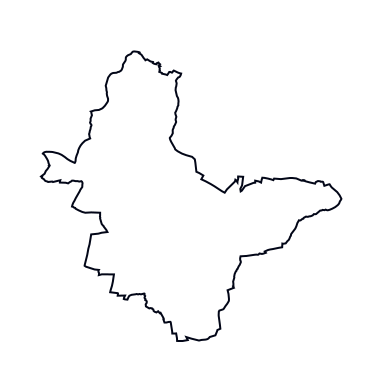 Apoldu De Jos, Sibiu, Romania (Natural Earth projection), rotated 351°
{"feature_id": "2599482B80267229477921", "entity_name": "Apoldu De Jos", "entity_type": "district", "adm_level": 2, "iso_a3": "ROU", "parent_name": "Romania", "parent_adm1": "Sibiu", "projection": "natural_earth1", "projection_center": [23.854, 45.907], "detail": "fine", "context": "isolated", "style": "outline", "palette": "ink", "viewbox_px": 384, "rotation_deg": 351, "n_neighbors": 0, "source": "geoboundaries", "source_scale": "gbopen_adm2", "svg_char_len": 5943}
<svg xmlns="http://www.w3.org/2000/svg" viewBox="0 0 384 384"><g transform="rotate(351 192 192)"><path d="M335.5,226.4L336.6,224.4L338.1,222.8L338.5,222.1L337.3,218.4L335.4,214.8L330.7,209.3L329.9,207.8L329.1,205.9L328.0,205.9L323.7,206.6L323.1,202.7L322.8,202.4L322.0,202.1L320.9,202.1L320.3,201.5L318.2,200.9L317.7,201.0L315.8,201.6L314.9,203.0L309.9,201.0L306.3,199.4L305.3,198.9L305.2,198.3L304.7,197.9L304.3,197.8L303.9,198.3L303.5,198.3L303.2,197.6L301.9,197.9L297.1,194.9L293.0,193.8L291.1,193.5L281.9,193.2L275.2,191.6L274.2,193.0L272.3,192.0L269.3,190.7L265.8,189.4L263.7,188.9L262.6,191.1L261.7,193.5L259.6,192.0L256.2,190.7L255.9,192.7L254.2,192.6L245.3,194.5L241.4,198.5L240.2,199.0L240.2,196.5L242.5,193.3L244.9,185.0L240.0,183.9L239.7,185.2L239.8,185.8L239.2,187.4L238.8,187.7L238.4,189.5L237.2,186.9L236.8,186.6L236.6,187.2L235.9,188.5L226.9,194.9L224.2,197.8L221.8,196.0L215.0,189.8L211.9,187.2L207.2,183.6L203.2,180.9L205.8,177.5L202.1,174.4L199.5,172.7L199.9,163.7L199.9,160.2L197.6,157.3L192.0,154.7L188.1,152.5L184.2,149.5L182.1,147.3L181.9,146.1L179.3,139.2L178.7,137.1L178.5,135.6L178.6,135.0L180.6,133.2L182.2,131.0L182.6,128.0L182.8,127.4L184.0,125.6L184.3,124.5L185.6,123.1L187.3,120.4L187.3,120.0L187.1,118.3L187.3,117.4L188.3,115.3L187.8,112.3L187.9,110.9L188.7,110.0L190.5,107.0L191.0,105.6L192.1,104.2L192.2,103.0L192.9,100.4L193.0,98.5L192.9,97.0L192.1,94.8L191.7,88.9L192.3,86.4L192.9,85.3L193.8,82.5L193.8,81.7L193.5,79.6L194.3,78.5L196.3,76.7L197.4,76.5L198.1,76.1L199.1,74.8L199.8,73.3L198.3,72.7L196.7,71.8L193.0,69.2L192.2,69.7L191.4,70.7L190.9,71.0L189.3,70.0L188.3,69.9L187.1,71.3L185.8,72.6L184.6,71.9L181.0,70.5L181.1,70.0L181.0,69.8L178.5,68.2L179.3,67.0L179.0,66.4L179.3,65.9L179.5,64.9L179.0,63.2L180.3,62.8L179.2,61.7L180.4,60.8L179.6,59.9L179.1,58.9L177.3,59.3L177.0,60.3L175.7,59.9L174.5,59.3L173.4,58.4L173.8,57.5L171.5,56.6L168.5,54.0L166.6,54.6L166.2,53.6L165.4,52.5L163.6,48.6L163.0,48.0L161.5,46.7L162.0,46.4L162.2,46.1L162.1,45.9L160.6,45.2L157.6,44.3L156.5,44.1L155.4,44.2L154.6,44.8L153.1,46.2L150.2,46.9L148.8,47.7L148.0,48.4L147.6,49.2L147.4,50.6L147.1,51.4L146.7,52.1L144.1,54.9L143.7,55.5L143.3,57.5L142.0,59.8L141.1,60.9L138.9,61.9L137.8,61.9L136.0,62.4L132.7,62.1L130.9,62.5L129.6,63.3L127.1,65.8L123.4,73.6L123.6,75.9L123.4,78.3L123.6,80.1L123.2,81.6L123.2,83.8L123.7,86.7L123.5,88.0L123.1,89.3L122.2,90.4L119.5,93.2L117.1,95.0L116.1,95.5L112.9,96.4L108.8,96.1L104.7,96.7L105.1,97.3L105.0,98.9L105.2,100.5L103.3,103.7L103.0,106.0L102.2,107.4L102.4,108.6L103.1,109.6L103.1,110.6L102.2,111.9L101.6,113.9L100.6,115.8L100.1,117.3L99.4,118.7L99.5,119.4L99.5,121.7L99.8,123.2L94.4,124.6L91.4,126.7L89.3,128.6L87.4,131.0L86.2,133.0L85.5,135.0L83.7,138.0L82.5,140.5L81.8,143.3L81.0,144.8L80.7,144.9L76.8,142.3L74.1,140.0L71.8,137.5L69.0,134.9L66.1,133.0L60.6,130.7L58.5,130.2L54.6,129.5L53.2,129.5L51.5,130.0L50.7,130.8L51.8,131.9L52.6,133.3L54.0,136.7L54.7,138.9L54.9,141.5L55.5,143.4L54.8,143.7L55.1,144.2L52.9,146.7L50.9,148.4L49.3,150.9L45.5,153.0L46.3,153.6L45.8,154.3L46.0,154.7L47.8,156.3L48.5,157.7L49.2,158.3L51.1,159.2L51.4,159.6L55.6,159.8L56.2,160.4L63.7,159.8L63.3,160.6L63.0,162.0L68.7,163.1L71.0,164.1L72.9,163.1L74.2,162.7L75.3,162.0L76.9,162.3L78.5,163.0L80.9,163.4L81.6,163.8L82.6,164.1L84.4,164.0L85.0,164.7L85.3,166.1L84.8,167.8L84.4,169.9L82.1,172.3L81.2,173.7L76.2,179.9L74.6,182.2L73.1,184.0L72.0,185.8L71.2,187.6L72.3,188.1L73.1,189.0L74.2,189.5L74.4,190.3L77.2,192.4L80.6,194.6L83.4,195.8L89.3,196.4L98.0,198.1L97.5,201.2L97.2,202.0L97.4,202.8L97.1,203.7L97.8,209.4L98.8,211.2L99.3,211.7L99.5,212.5L101.4,216.0L102.2,218.3L96.4,218.1L93.0,218.5L85.8,218.1L82.6,227.7L80.8,231.7L78.7,237.7L74.5,247.6L74.4,248.1L75.6,249.2L83.7,253.3L87.8,254.4L87.3,255.0L87.1,256.3L87.4,256.9L87.4,258.4L87.0,259.5L90.2,259.2L102.0,261.2L99.8,268.2L98.3,272.1L96.2,276.4L95.5,278.2L102.8,280.3L103.0,280.5L103.0,280.8L102.4,282.8L109.7,283.8L108.4,285.7L107.9,287.0L108.8,287.5L111.4,288.2L112.7,286.1L113.9,284.7L116.2,284.1L120.5,284.2L121.5,284.1L122.7,284.7L124.1,284.5L125.6,285.1L128.9,284.8L129.2,285.0L129.2,285.3L128.9,286.6L129.5,287.4L129.2,288.0L128.7,288.5L128.6,289.1L128.7,289.7L129.3,290.5L128.9,291.4L129.7,292.0L130.2,292.9L129.9,294.4L128.7,295.7L128.6,297.8L131.6,300.3L132.6,300.1L134.2,300.6L134.5,300.8L134.5,301.3L135.4,301.9L135.5,303.4L136.3,304.4L138.0,305.4L139.9,304.5L141.2,306.6L141.5,306.9L142.1,306.5L144.1,312.0L144.3,313.0L143.8,313.2L144.4,316.6L146.1,316.9L148.8,316.7L150.4,316.9L150.6,317.6L150.6,322.7L150.6,326.7L150.4,328.7L152.8,329.1L154.2,329.2L154.3,334.0L154.0,336.8L159.4,337.7L164.7,337.6L163.7,334.4L168.6,336.8L175.2,339.6L175.7,339.8L178.2,339.6L182.5,339.9L184.3,339.7L185.4,339.2L186.9,338.0L192.7,337.2L194.9,333.6L195.5,332.3L198.6,331.5L198.8,327.6L199.0,318.4L199.2,317.1L199.8,314.3L200.5,313.4L204.2,312.8L205.0,312.4L207.2,309.9L209.4,307.8L211.2,305.6L211.5,304.9L211.8,303.3L212.1,298.3L211.8,294.6L218.3,293.2L217.8,292.2L218.2,291.7L217.9,291.3L218.2,291.1L218.3,290.7L218.6,288.5L218.6,287.0L220.4,283.2L220.4,282.2L221.3,279.7L222.9,277.2L223.4,277.0L224.3,275.4L224.8,275.3L226.5,272.7L227.6,271.6L229.2,269.1L229.3,268.5L229.3,267.8L229.0,267.3L229.0,266.4L229.2,264.9L229.9,263.1L235.8,263.7L244.3,263.8L245.7,263.9L247.4,264.3L247.9,264.2L249.0,263.3L251.3,264.1L252.4,264.1L255.4,263.6L254.6,262.1L257.9,261.2L260.0,261.0L262.9,261.0L269.0,260.7L272.4,260.7L273.2,257.1L273.8,257.4L276.5,257.4L278.7,255.3L279.8,254.7L280.9,253.4L282.1,251.3L282.8,250.7L283.2,249.4L283.4,249.0L288.3,244.3L289.8,242.0L291.2,239.2L293.2,236.7L293.7,237.0L294.8,237.0L296.9,235.8L297.8,235.8L298.3,235.0L300.8,234.1L301.4,234.4L302.6,234.6L303.3,234.6L303.8,234.4L305.4,234.5L307.5,234.0L308.9,232.9L310.1,233.2L311.1,233.2L315.7,230.4L317.3,230.5L318.1,230.1L320.2,230.7L321.2,230.3L322.5,231.1L323.3,231.3L325.2,231.1L328.0,230.4L331.1,229.3L334.0,227.7L335.5,226.4Z" fill="none" stroke="#020617" stroke-width="2"/></g></svg>